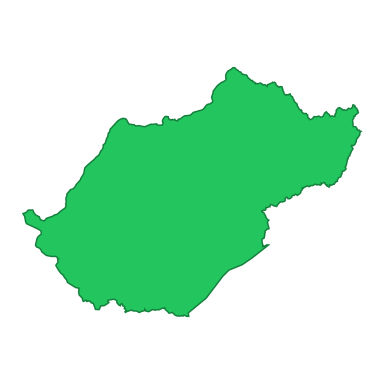 Kaleum, Xékong, Laos
{"feature_id": "54806243B53165803906009", "entity_name": "Kaleum", "entity_type": "district", "adm_level": 2, "iso_a3": "LAO", "parent_name": "Laos", "parent_adm1": "Xékong", "projection": "albers", "projection_center": [107.195, 15.875], "detail": "fine", "context": "isolated", "style": "filled", "palette": "green", "viewbox_px": 384, "rotation_deg": 0, "n_neighbors": 0, "source": "geoboundaries", "source_scale": "gbopen_adm2", "svg_char_len": 5981}
<svg xmlns="http://www.w3.org/2000/svg" viewBox="0 0 384 384"><path d="M268.5,245.0L266.6,244.9L264.5,246.4L263.8,245.8L262.8,246.6L262.6,244.1L262.1,242.3L262.0,239.3L262.5,238.7L263.2,238.7L264.3,237.8L264.1,237.4L264.8,235.4L264.6,233.9L265.2,232.8L264.9,231.3L267.5,228.9L268.8,228.9L269.0,228.2L267.8,224.3L267.5,221.7L268.8,220.2L267.6,219.6L266.0,217.4L265.7,216.2L263.9,212.9L263.3,212.3L261.9,211.8L261.7,211.2L263.8,209.9L264.4,210.4L265.4,210.0L265.9,209.5L265.6,208.8L265.9,208.3L265.8,207.6L267.8,207.4L268.9,206.5L269.9,206.8L270.4,204.6L270.7,204.4L272.9,205.2L274.0,206.0L275.0,206.0L276.2,206.5L277.1,205.9L277.3,205.2L279.7,202.4L281.4,201.7L282.2,202.0L284.6,201.3L285.3,200.3L285.0,198.3L286.8,197.2L287.3,197.4L287.8,198.6L289.6,198.8L291.8,197.2L291.9,196.0L292.3,195.5L294.2,195.4L295.6,194.1L297.4,195.4L299.9,193.6L300.8,192.5L300.9,191.2L302.3,189.6L302.3,188.0L303.0,188.4L303.6,188.1L304.2,187.1L305.3,187.0L307.3,185.8L309.2,186.7L311.1,185.5L312.8,185.6L314.9,184.2L316.1,184.4L316.4,184.9L317.5,184.6L319.0,184.9L319.5,184.6L320.3,185.1L321.2,184.6L321.0,184.4L321.3,183.9L321.1,183.3L321.8,183.5L323.8,182.5L324.7,183.3L325.0,183.2L325.2,184.1L326.1,184.9L326.8,184.9L326.6,185.4L327.3,185.8L327.3,186.3L328.2,186.3L329.1,187.1L329.5,186.1L330.5,185.5L330.0,184.8L330.9,185.0L332.6,184.8L333.0,184.3L334.3,184.2L335.5,182.0L337.4,181.3L337.2,180.5L338.5,177.8L340.8,176.8L341.6,174.1L342.1,173.7L342.0,172.4L342.4,171.1L343.8,171.1L345.8,169.4L346.0,168.3L345.2,167.1L346.3,165.2L347.5,159.5L347.4,159.0L348.1,158.8L348.4,157.1L348.9,156.3L349.9,155.7L349.7,154.9L350.3,153.9L350.2,153.4L350.8,153.0L351.2,151.5L353.0,148.8L351.7,146.5L351.5,145.4L353.6,145.6L355.3,143.8L355.6,142.3L356.2,141.9L356.4,139.4L357.3,138.4L357.3,137.9L358.2,137.3L358.8,136.1L359.6,135.4L360.0,132.3L361.0,131.4L360.2,131.2L359.2,130.1L357.6,130.2L357.2,129.9L357.1,128.6L356.0,127.1L355.6,126.8L353.3,126.5L352.8,125.2L353.1,124.1L352.5,119.9L353.9,118.2L353.7,116.8L354.1,116.2L355.0,116.3L355.7,114.7L358.1,113.0L358.4,112.3L357.8,111.5L357.9,110.9L357.5,110.7L357.7,110.2L357.2,109.8L356.8,108.4L355.1,107.3L355.2,106.2L354.6,106.1L353.9,105.5L353.8,104.9L353.2,104.9L352.7,105.1L352.5,106.9L351.5,108.3L350.3,108.7L348.3,108.3L346.9,110.1L345.1,110.3L344.1,109.7L343.0,110.2L341.9,109.4L341.8,108.9L339.6,107.7L339.1,108.1L338.2,107.9L336.1,110.5L336.3,111.6L336.0,112.9L335.1,114.1L334.9,115.5L335.2,115.8L334.3,116.6L332.1,115.9L330.4,116.5L328.9,114.2L327.9,113.7L326.3,111.8L324.7,113.0L323.2,116.1L321.7,117.1L320.5,117.1L318.8,116.1L316.2,116.8L314.2,116.6L313.3,117.3L313.0,118.3L311.2,119.4L309.4,119.6L309.4,118.8L307.8,117.5L307.7,115.0L306.4,114.1L306.4,113.6L303.4,113.4L301.9,111.9L301.3,110.9L301.7,110.4L301.5,110.1L301.0,109.9L300.4,110.1L299.1,108.9L297.2,105.4L297.2,104.2L294.2,101.4L294.0,100.0L292.8,98.5L292.9,97.8L292.4,96.8L291.0,95.9L290.1,93.9L288.6,94.5L288.0,95.1L286.7,94.6L285.6,95.2L284.0,93.5L283.6,91.5L282.7,90.6L282.9,89.7L281.9,86.7L279.9,86.6L279.2,87.2L278.7,87.2L277.6,85.9L276.9,85.8L275.8,84.4L275.7,83.2L274.5,82.3L273.8,82.7L272.7,82.2L272.2,82.8L267.6,84.7L267.1,86.5L265.5,84.9L264.4,84.7L263.1,85.0L262.6,84.3L260.4,83.0L257.3,83.9L255.9,83.2L255.4,83.7L254.7,82.3L253.0,81.7L252.5,80.5L251.4,80.7L249.1,78.5L248.4,78.3L247.0,75.6L246.2,74.9L244.8,75.0L243.2,74.2L242.3,74.3L240.8,72.1L238.8,71.4L237.7,70.1L236.5,69.7L235.4,68.2L234.3,67.6L232.6,67.9L231.4,69.1L227.9,71.1L226.3,73.5L225.8,74.9L225.8,78.0L226.2,79.5L225.0,80.8L221.2,82.6L217.4,85.6L213.2,91.1L213.1,92.8L211.6,97.2L212.6,100.5L212.7,101.7L212.2,102.4L209.8,103.9L207.3,104.5L206.3,105.3L203.3,109.2L201.5,110.1L193.3,112.4L190.8,114.8L189.7,115.3L185.0,115.8L183.6,116.4L180.4,118.8L178.3,119.3L178.0,119.6L178.0,120.6L177.4,121.0L175.5,120.4L174.8,119.4L174.3,120.0L172.4,119.4L170.5,120.1L169.8,119.3L168.8,118.9L168.2,116.7L165.8,116.4L164.8,116.8L162.8,119.6L162.4,121.3L163.1,123.3L162.4,124.9L159.8,125.3L156.9,124.8L156.7,123.9L152.0,124.4L150.9,124.2L144.5,126.8L138.5,125.6L135.9,126.1L134.2,124.8L129.4,124.2L128.6,123.5L126.4,119.5L125.2,118.6L122.7,118.4L120.1,119.3L117.6,121.1L110.2,129.2L109.3,132.5L108.4,133.0L107.8,136.3L106.4,139.1L105.2,143.3L103.2,144.9L103.2,147.2L102.4,149.2L101.6,150.4L100.7,151.0L99.7,153.6L98.6,155.3L96.1,157.2L94.5,159.2L88.2,164.5L84.8,167.9L83.8,173.5L80.7,178.6L80.3,180.0L76.4,184.3L74.7,187.3L73.0,188.9L70.5,189.6L67.0,193.9L66.8,194.6L67.0,195.6L66.2,197.3L65.9,198.9L66.2,201.7L65.7,204.2L66.2,205.7L65.2,207.9L60.3,211.4L57.3,214.2L54.5,215.0L52.0,216.5L46.7,218.2L44.1,221.0L40.4,219.7L39.3,216.8L35.7,215.0L33.8,212.5L32.8,210.0L28.2,210.1L26.2,212.4L23.0,213.6L24.7,216.5L25.7,222.0L26.6,223.7L37.7,228.9L39.7,230.0L41.1,231.3L41.3,234.1L38.3,236.4L37.0,238.6L35.5,245.2L36.5,246.9L39.4,248.1L40.9,249.7L41.8,251.8L46.3,255.4L51.0,256.4L56.2,256.5L58.2,258.6L57.7,258.6L57.6,259.4L58.0,261.5L57.8,262.6L56.3,264.5L55.9,265.4L56.1,266.0L59.2,271.1L61.1,273.5L63.3,275.3L64.4,277.4L66.5,279.8L67.5,282.5L75.6,287.5L79.1,288.3L78.8,289.8L78.9,291.6L78.6,292.1L79.2,295.0L82.4,298.3L82.8,300.8L83.7,301.4L85.7,300.3L86.5,300.4L86.6,301.2L87.0,301.5L88.8,300.9L90.3,301.5L91.2,302.8L93.4,303.5L95.5,309.4L99.2,309.6L100.8,305.8L104.1,305.7L107.9,303.4L108.9,302.3L107.7,301.3L108.1,300.2L114.0,299.2L116.6,300.4L117.1,303.1L119.1,305.2L120.3,305.7L120.5,304.4L121.9,303.7L122.4,304.3L122.6,305.7L124.5,306.5L124.7,307.1L124.3,308.6L125.6,309.4L126.1,310.3L125.0,311.8L125.5,312.4L127.2,311.4L131.5,310.1L133.4,311.0L136.4,311.0L139.3,312.5L141.5,311.4L144.4,310.7L144.9,309.1L146.0,311.1L148.7,311.7L152.6,309.5L155.3,310.2L156.7,309.7L159.0,309.8L162.6,308.1L163.9,308.5L164.8,307.9L165.1,308.0L165.3,309.6L167.5,311.4L169.0,313.2L172.4,312.5L175.0,315.1L177.2,316.0L178.2,315.8L179.5,316.2L181.6,315.6L182.9,316.1L184.0,315.1L187.0,316.4L188.7,316.4L188.3,312.9L206.2,298.1L223.0,276.0L229.1,270.0L242.2,264.7L252.1,257.9L268.5,245.0Z" fill="#22c55e" stroke="#15803d" stroke-width="1.5"/></svg>